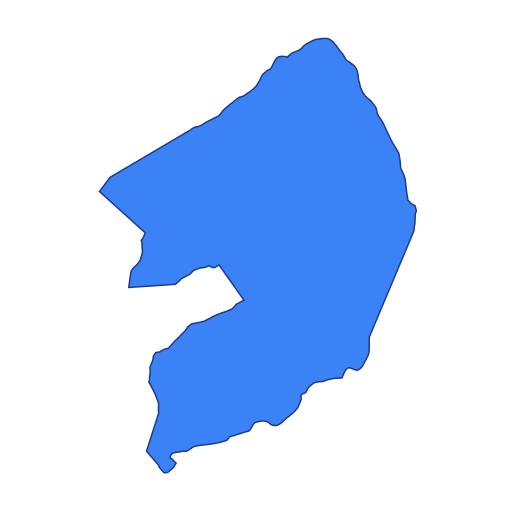 Balca, Choiseul, Saint Lucia, rotated 182°
{"feature_id": "8701671B30970661206572", "entity_name": "Balca", "entity_type": "district", "adm_level": 2, "iso_a3": "LCA", "parent_name": "Saint Lucia", "parent_adm1": "Choiseul", "projection": "albers", "projection_center": [-61.023, 13.772], "detail": "fine", "context": "isolated", "style": "filled", "palette": "blue", "viewbox_px": 512, "rotation_deg": 182, "n_neighbors": 0, "source": "geoboundaries", "source_scale": "gbopen_adm2", "svg_char_len": 5099}
<svg xmlns="http://www.w3.org/2000/svg" viewBox="0 0 512 512"><g transform="rotate(182 256 256)"><path d="M345.6,41.8L342.6,38.5L341.2,37.0L340.7,36.5L339.5,36.1L338.5,36.3L337.6,36.5L336.6,36.7L335.6,37.6L334.6,38.5L333.6,39.4L332.7,40.2L331.7,41.1L330.8,42.2L329.9,44.0L329.4,44.9L328.6,46.1L331.0,48.5L332.4,49.8L333.1,50.4L333.9,50.7L334.7,51.3L334.8,52.1L334.6,53.1L334.3,53.7L333.5,54.9L332.8,55.6L332.0,56.2L331.0,56.5L330.2,56.6L329.2,57.0L327.7,57.2L325.1,57.6L323.9,58.1L322.8,58.3L321.4,58.3L320.5,58.3L319.0,58.5L317.9,58.8L317.1,59.3L315.6,60.5L314.2,61.4L313.2,62.2L311.8,63.1L310.8,63.5L309.7,63.8L307.1,64.5L304.6,64.9L300.7,65.5L298.1,65.9L295.4,66.3L293.0,66.8L292.2,66.9L290.0,67.4L288.0,67.9L285.7,68.4L284.1,68.9L282.2,69.6L281.5,69.8L279.5,70.4L278.7,70.8L277.8,71.9L277.4,72.4L276.5,73.7L275.7,74.5L274.6,75.0L273.2,75.4L271.7,75.7L269.5,76.6L268.0,77.2L266.4,77.7L264.8,78.3L262.6,79.1L260.7,79.8L259.3,80.2L257.4,80.7L256.2,81.7L255.6,82.5L254.7,84.0L254.1,85.2L253.4,86.5L252.7,87.7L252.1,88.6L251.1,89.4L250.3,89.8L248.0,90.5L247.3,90.7L246.1,91.1L243.6,91.4L242.0,91.4L240.7,91.2L239.4,90.9L238.4,90.4L237.5,89.9L236.3,89.0L235.5,88.3L234.3,87.7L232.6,87.3L231.5,87.3L230.8,87.2L229.2,87.4L228.2,87.8L226.5,88.9L225.3,89.7L224.0,90.8L222.9,92.0L221.9,93.0L221.2,93.8L220.2,94.9L219.4,95.5L217.9,96.5L215.7,98.6L213.5,100.4L212.6,101.5L211.5,102.6L210.8,103.6L209.8,104.7L208.7,106.4L208.1,108.0L207.6,109.3L207.1,110.8L206.6,112.2L206.0,114.0L205.8,114.9L206.0,115.8L206.1,116.8L206.0,118.7L205.0,119.6L203.7,120.3L202.7,120.5L201.6,121.3L200.8,122.7L200.6,123.5L199.9,124.8L199.0,126.1L198.1,127.3L197.1,128.3L195.9,129.4L194.8,130.3L193.8,131.0L192.2,131.8L191.0,132.2L189.4,132.4L188.1,132.6L186.7,132.7L184.6,133.0L183.3,133.5L182.4,133.9L180.8,134.5L179.0,135.1L177.2,135.6L176.1,135.9L174.2,136.2L172.7,136.5L170.7,136.7L169.2,136.8L167.0,137.0L165.8,137.2L165.6,137.7L164.5,140.7L163.3,143.4L162.6,144.9L161.4,146.4L160.5,147.2L159.4,147.5L157.4,147.3L153.5,146.0L152.4,145.5L151.4,145.4L150.6,145.4L149.4,146.0L148.0,147.1L146.6,148.4L145.8,149.8L144.7,151.8L143.6,154.1L142.5,156.3L141.5,158.4L140.8,159.7L140.2,161.6L139.9,162.8L139.7,164.5L139.6,165.2L139.6,167.3L139.5,168.9L139.7,171.0L139.8,172.2L139.9,172.6L139.9,179.1L99.0,286.7L99.0,288.9L98.3,294.3L98.3,303.4L97.3,306.6L98.7,311.7L103.3,314.2L106.1,317.1L107.8,325.8L109.6,337.8L111.0,342.1L114.5,349.0L115.1,354.7L115.7,358.1L116.9,363.8L121.7,371.2L124.5,375.6L127.0,380.3L130.6,387.3L134.0,394.0L135.5,396.2L137.6,399.1L139.4,401.9L140.0,403.6L140.6,406.4L141.5,408.7L144.5,412.5L147.4,415.8L149.5,417.2L152.0,419.3L154.5,422.5L157.2,427.5L158.9,433.3L160.0,437.3L160.2,440.0L161.1,443.7L161.7,445.4L163.6,448.5L165.9,450.6L169.1,452.9L172.6,454.9L174.8,458.5L176.4,460.8L180.2,465.1L182.6,468.4L187.2,473.3L189.9,475.0L192.0,475.9L197.4,475.7L204.0,474.5L207.7,472.8L212.3,470.1L215.1,468.2L216.7,466.4L217.2,465.8L218.1,464.8L220.8,462.8L226.9,460.1L228.7,458.7L230.8,456.8L231.3,455.7L233.3,456.3L235.6,456.4L238.0,456.4L240.8,455.7L242.2,454.5L243.4,452.8L244.6,450.6L246.6,446.0L248.0,443.7L248.9,442.8L250.5,442.3L251.4,441.6L253.9,439.4L256.0,437.2L257.3,434.3L258.9,430.7L261.8,425.7L264.2,423.2L267.1,420.5L270.7,418.0L271.6,417.2L274.9,415.0L277.9,414.2L279.0,413.5L281.8,411.3L284.1,409.2L286.3,407.4L287.3,406.6L290.8,403.5L293.6,400.7L294.4,399.7L296.4,396.8L298.1,394.8L300.9,393.3L307.4,389.7L311.1,387.6L312.6,386.5L315.2,384.7L317.2,383.7L318.4,383.4L321.1,382.8L322.6,382.1L324.3,381.0L326.0,379.5L327.5,378.7L404.5,329.6L408.4,324.1L414.7,315.0L367.4,275.2L368.6,272.5L369.4,270.4L370.2,269.0L371.3,267.6L370.5,266.1L370.1,260.5L369.5,256.0L370.7,251.4L371.5,247.7L374.6,243.3L379.0,238.8L380.4,235.9L381.1,229.8L381.5,225.9L382.1,220.1L335.6,224.9L331.8,228.4L329.9,230.6L324.0,234.1L321.2,235.7L317.8,239.4L314.4,240.9L312.3,241.8L305.7,243.1L303.0,244.6L298.5,242.9L296.8,243.1L292.6,245.7L266.3,211.2L267.1,211.0L267.7,210.7L269.3,209.8L270.1,209.5L271.3,208.6L271.9,208.2L272.9,207.7L273.7,207.3L274.2,206.8L274.6,206.3L275.4,205.2L276.7,203.7L278.1,202.5L279.1,201.8L280.1,201.2L281.7,200.7L283.2,199.8L285.0,199.1L286.9,198.5L289.6,197.4L290.8,196.9L292.1,196.3L293.0,195.9L294.5,195.2L296.0,194.5L297.3,193.7L298.4,193.1L299.4,192.4L300.3,191.9L300.8,191.7L302.2,190.9L303.6,190.2L304.8,189.3L306.0,188.9L307.4,188.5L308.6,188.2L311.1,187.5L317.8,186.0L321.3,183.1L321.9,182.7L322.3,181.7L323.0,180.5L323.8,179.3L326.0,176.9L330.2,172.2L334.8,167.5L338.3,163.1L339.7,161.5L340.5,160.8L341.9,160.3L342.9,160.0L344.1,159.7L345.0,159.3L346.5,158.3L347.9,157.5L348.9,156.8L352.8,156.0L353.5,154.9L354.2,153.9L355.1,152.2L355.2,150.9L355.3,149.3L355.8,147.3L358.0,141.5L358.1,140.4L357.9,139.0L357.7,137.2L357.7,135.4L357.9,133.2L358.2,130.0L358.1,128.0L358.7,126.4L358.0,125.0L357.1,123.8L355.9,121.6L354.3,118.9L353.2,116.7L352.0,114.6L351.3,112.9L350.4,110.8L349.9,109.5L349.2,107.7L348.5,106.1L348.2,105.1L348.2,103.7L348.2,101.8L348.2,100.8L348.1,99.2L348.1,97.9L347.7,95.9L358.6,57.1L345.8,43.2L345.6,41.8Z" fill="#3b82f6" stroke="#1e3a8a" stroke-width="1.5"/></g></svg>